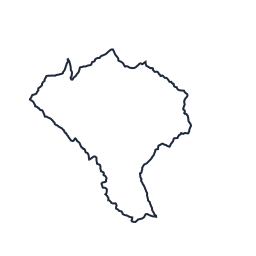 outline of Nubi, Tongsa, Bhutan, rotated 148°
{"feature_id": "84629894B54102574648684", "entity_name": "Nubi", "entity_type": "district", "adm_level": 2, "iso_a3": "BTN", "parent_name": "Bhutan", "parent_adm1": "Tongsa", "projection": "mercator", "projection_center": [90.45, 27.625], "detail": "fine", "context": "isolated", "style": "outline", "palette": "slate", "viewbox_px": 256, "rotation_deg": 148, "n_neighbors": 0, "source": "geoboundaries", "source_scale": "gbopen_adm2", "svg_char_len": 5818}
<svg xmlns="http://www.w3.org/2000/svg" viewBox="0 0 256 256"><g transform="rotate(148 128 128)"><path d="M151.2,37.8L150.7,38.7L151.4,40.7L151.1,42.5L151.1,44.9L150.9,45.9L150.0,47.5L149.9,49.4L149.5,50.9L149.4,52.2L148.8,53.7L149.4,55.7L148.5,57.9L147.6,60.7L147.2,61.4L146.5,62.2L146.2,62.9L146.2,64.5L145.7,66.5L145.6,67.9L145.1,69.6L145.2,70.1L145.2,70.9L145.0,71.4L145.2,72.4L144.9,74.0L144.9,76.4L143.7,77.4L143.6,77.6L143.8,78.4L143.6,79.1L143.5,79.9L142.7,81.3L142.5,82.0L141.9,83.2L140.9,83.0L140.4,83.0L138.5,84.9L138.0,85.1L137.1,86.7L134.1,88.3L133.3,88.4L131.2,88.1L130.5,88.2L125.4,89.4L123.4,90.1L122.6,90.8L121.3,91.0L119.5,92.1L119.0,92.7L117.4,93.7L116.5,94.9L115.7,95.0L113.7,94.2L112.4,96.0L111.8,96.6L111.4,96.9L109.9,96.6L107.8,96.7L107.0,96.4L106.7,96.1L106.0,94.6L104.8,93.5L104.4,92.3L102.8,90.2L102.3,90.2L101.8,90.5L100.1,91.8L99.1,92.0L97.7,92.7L97.0,92.7L95.0,94.6L94.5,94.8L94.0,94.7L92.7,93.9L91.2,93.3L90.0,94.3L89.0,94.6L88.3,95.0L86.8,94.7L85.9,95.5L85.7,95.5L85.3,95.3L84.8,94.3L84.2,93.7L83.7,93.6L83.0,93.8L82.5,93.6L81.8,93.2L80.4,91.9L80.0,91.6L79.5,91.6L78.9,92.2L78.0,92.6L77.0,93.9L75.0,95.5L73.7,96.2L73.3,96.6L72.9,98.1L72.9,100.0L73.1,101.0L73.0,101.8L71.7,104.4L70.8,106.9L71.2,107.8L71.0,108.6L71.5,109.5L72.2,109.8L72.4,110.9L71.7,111.2L70.8,112.2L70.7,113.0L71.2,113.9L71.2,114.7L71.0,115.1L70.8,115.4L70.2,115.6L69.1,116.8L68.0,117.4L67.6,117.7L67.3,118.2L67.2,118.7L66.3,120.9L65.6,121.2L64.7,122.2L62.0,123.1L60.8,123.6L60.1,124.4L59.9,125.2L60.0,125.9L60.5,126.8L60.8,127.9L60.9,128.6L60.7,129.9L61.1,130.3L62.6,131.3L64.2,132.6L64.9,133.5L65.2,134.1L65.4,134.9L65.1,136.8L66.1,137.6L66.8,139.0L66.7,139.5L65.9,140.9L66.1,141.6L66.6,141.8L66.7,142.1L66.9,142.9L66.8,143.9L66.8,144.2L67.8,144.7L68.3,145.2L68.3,147.4L68.6,149.4L68.9,150.1L70.0,150.9L70.3,151.3L70.9,154.2L71.3,154.5L72.4,154.5L72.8,154.8L72.9,155.0L72.7,156.3L73.2,157.5L73.0,158.6L73.2,159.9L73.9,160.6L75.4,161.3L75.7,161.7L76.0,164.0L75.9,164.6L75.3,165.2L75.3,165.4L76.0,166.3L76.7,166.5L77.5,167.2L78.7,169.8L79.4,170.7L79.4,171.2L79.1,172.8L78.1,174.8L82.0,174.5L82.4,174.9L82.8,175.9L83.2,176.2L84.0,176.4L85.5,176.1L86.8,175.8L87.9,175.7L89.1,175.4L90.9,175.6L92.8,176.6L93.3,177.2L94.5,178.1L94.8,178.6L95.3,179.8L96.1,180.8L96.9,181.5L97.5,181.4L98.0,181.8L98.1,182.3L97.9,184.7L98.0,186.0L98.6,187.5L100.2,189.9L100.4,190.4L100.3,190.7L99.5,192.0L99.4,192.5L99.6,194.9L99.9,196.4L99.8,198.0L99.5,199.6L99.3,201.3L99.1,202.4L99.2,202.7L99.9,202.9L100.5,203.4L101.6,203.5L102.9,203.2L104.2,203.2L105.9,202.7L107.0,202.6L107.7,202.4L109.3,202.7L111.1,202.9L112.1,203.3L113.9,202.9L114.8,202.5L115.3,202.6L116.6,203.5L119.2,203.7L119.7,203.5L120.4,202.7L121.0,202.4L122.0,202.4L123.0,202.9L123.7,202.8L125.5,201.3L126.3,201.2L127.3,201.5L128.7,202.2L131.3,202.6L133.1,203.8L134.3,203.9L136.0,204.7L136.5,204.8L137.2,204.4L138.4,203.0L140.7,201.3L142.2,201.0L144.9,199.8L147.2,199.5L148.5,199.1L149.1,198.5L149.6,198.5L150.4,199.2L150.1,201.0L149.9,201.2L148.6,201.7L147.4,203.0L146.3,204.4L145.9,205.2L145.8,206.0L145.7,207.6L144.1,210.5L142.5,215.4L142.4,216.2L142.5,217.5L142.4,218.2L142.8,218.2L143.2,217.0L144.0,216.0L145.9,215.1L146.8,214.1L148.3,213.1L149.0,212.3L150.3,211.4L150.8,210.8L153.5,209.8L154.2,209.0L154.4,209.0L155.7,209.1L156.9,209.6L158.0,209.8L160.6,210.9L161.1,211.0L161.6,210.9L162.1,211.0L164.2,212.5L165.4,213.1L168.4,214.8L169.4,215.2L169.9,215.2L170.6,214.5L171.9,214.0L172.8,213.5L173.3,212.9L173.7,212.2L176.0,211.9L177.6,210.9L177.9,210.5L178.1,210.0L178.5,209.7L179.8,209.5L180.3,209.3L182.9,209.2L183.1,209.1L184.0,207.8L184.2,207.3L185.7,206.9L187.5,205.8L188.0,205.7L189.0,205.9L189.8,206.2L190.5,206.2L191.5,206.7L191.9,206.6L194.0,205.1L195.6,204.6L196.1,204.1L194.8,201.4L194.5,200.4L194.7,196.2L195.2,195.8L195.2,195.5L194.4,194.7L193.7,193.6L193.7,193.0L193.5,192.3L193.0,191.8L193.0,190.2L192.7,189.6L192.1,189.0L191.6,188.8L191.3,187.9L191.9,183.7L192.4,182.2L192.3,181.5L191.5,181.2L191.0,180.7L190.4,179.5L189.1,177.7L188.9,177.1L188.4,176.3L188.2,174.8L187.9,174.2L188.0,173.1L187.6,171.9L187.5,171.2L188.0,170.2L188.0,169.9L187.5,169.0L186.4,167.3L186.2,166.2L184.1,162.4L184.1,161.2L183.7,160.5L183.6,159.7L183.6,159.4L184.0,158.8L183.8,157.7L183.7,156.8L183.2,156.3L183.5,155.1L183.1,152.7L183.3,152.0L183.1,150.3L182.9,147.4L182.2,146.8L182.0,146.4L181.6,146.1L180.3,146.2L178.7,147.2L178.2,147.1L178.0,146.6L177.9,145.2L178.1,143.8L177.9,143.6L177.1,141.5L177.1,140.5L177.5,138.3L177.7,136.1L177.0,135.3L177.0,133.8L176.2,133.3L176.1,132.9L176.1,131.9L176.6,130.9L176.8,129.8L175.7,128.4L175.6,126.9L175.9,125.6L177.5,122.3L177.6,121.8L175.1,121.7L173.0,122.0L172.2,121.9L171.4,121.6L171.1,121.3L170.8,120.7L170.5,119.7L170.6,119.2L171.8,117.5L172.6,115.3L173.2,114.2L171.4,111.7L171.6,110.3L172.0,109.6L173.0,108.2L173.4,106.4L173.8,105.8L173.8,105.5L173.4,105.1L172.3,103.4L172.5,102.3L173.6,101.3L173.6,100.7L173.0,100.1L172.8,99.6L172.7,97.7L172.8,96.9L173.0,96.5L174.1,95.7L174.6,95.0L174.8,94.4L175.3,94.3L176.6,94.4L177.1,94.8L178.6,95.3L179.1,95.2L180.1,94.7L180.3,93.4L181.0,91.0L180.9,90.6L180.2,90.3L179.1,89.4L178.7,88.6L178.4,87.3L178.7,86.7L179.2,86.2L179.8,85.2L180.3,84.7L181.0,84.0L182.3,83.8L181.7,81.6L181.7,80.7L181.8,79.6L181.7,79.0L182.9,77.3L182.6,77.2L182.3,76.7L181.7,74.3L181.8,73.4L181.6,73.0L180.9,72.2L179.9,71.4L178.6,70.9L178.4,69.9L178.8,68.2L179.8,67.5L180.3,66.9L180.8,66.0L179.7,64.0L179.5,63.3L179.6,62.9L179.5,62.5L178.4,61.3L177.9,61.0L177.7,60.6L177.6,59.4L177.8,59.0L178.1,58.1L177.5,56.8L176.6,55.6L175.1,54.2L174.0,52.1L172.7,50.6L171.8,49.9L172.7,48.6L174.1,47.7L174.1,46.6L172.9,45.4L171.6,44.4L170.4,44.5L168.0,45.1L164.1,43.8L161.9,43.8L160.0,44.8L159.4,45.2L158.4,45.5L157.9,45.1L157.2,44.8L155.9,42.5L153.7,39.8L152.2,38.8L151.2,37.8Z" fill="none" stroke="#1e293b" stroke-width="2"/></g></svg>